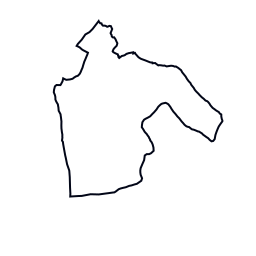 Awe, Nassarawa, Nigeria, rotated 24°
{"feature_id": "59680162B80791368745463", "entity_name": "Awe", "entity_type": "district", "adm_level": 2, "iso_a3": "NGA", "parent_name": "Nigeria", "parent_adm1": "Nassarawa", "projection": "robinson", "projection_center": [9.241, 8.214], "detail": "fine", "context": "isolated", "style": "outline", "palette": "ink", "viewbox_px": 256, "rotation_deg": 24, "n_neighbors": 0, "source": "geoboundaries", "source_scale": "gbopen_adm2", "svg_char_len": 3594}
<svg xmlns="http://www.w3.org/2000/svg" viewBox="0 0 256 256"><g transform="rotate(24 128 128)"><path d="M141.8,192.3L142.7,190.9L144.4,187.7L145.8,186.3L147.8,184.7L150.1,183.0L152.6,180.4L154.6,179.0L156.8,177.0L158.8,175.4L161.6,170.8L161.3,168.2L158.6,165.6L157.4,163.7L156.5,161.8L155.9,159.6L155.8,155.0L155.8,154.4L155.8,150.8L154.5,146.3L155.7,144.3L157.9,143.3L159.3,141.7L160.7,138.4L159.2,135.5L157.2,133.0L155.4,131.4L153.9,130.6L153.3,130.3L153.0,129.7L152.8,129.5L151.5,128.6L150.6,127.7L148.9,126.8L147.6,125.9L146.3,125.4L144.6,124.6L143.3,123.6L142.0,122.7L140.3,121.7L139.4,119.1L139.2,118.2L138.8,116.9L139.3,113.9L140.4,112.3L141.8,110.6L143.5,108.3L144.6,105.1L145.4,103.1L146.5,99.5L147.0,96.3L147.8,94.3L148.7,92.4L149.8,91.4L152.1,89.7L153.5,89.7L155.2,89.9L158.1,91.5L159.9,92.8L162.8,94.6L165.7,95.9L168.5,97.4L170.9,98.3L174.3,100.2L176.4,101.1L178.4,102.1L180.7,102.7L182.1,102.6L183.5,102.3L185.6,102.9L187.0,103.2L188.7,102.8L191.3,102.7L193.3,102.7L194.2,102.4L195.8,102.6L197.9,102.9L199.1,103.5L203.4,104.4L205.4,104.7L207.4,105.6L209.7,106.2L211.1,105.2L211.7,102.9L210.7,98.7L210.4,95.2L210.3,92.3L210.3,89.7L210.8,86.8L211.5,83.5L211.2,82.8L210.0,81.6L208.6,79.6L207.7,77.7L206.9,77.5L206.0,77.5L204.5,76.5L202.6,76.3L200.7,76.0L199.7,75.7L197.2,75.2L196.7,75.0L195.9,74.6L194.8,74.1L193.7,73.5L192.8,72.8L192.3,72.5L190.5,71.6L189.5,71.3L187.6,71.4L185.3,70.5L182.9,69.9L180.6,69.0L179.8,68.7L178.6,68.1L175.2,66.8L173.4,65.9L171.7,64.6L170.5,64.0L168.2,62.8L166.7,61.5L164.4,60.6L161.8,59.1L159.8,57.6L156.9,56.1L154.9,55.1L153.0,53.6L151.0,53.1L149.6,52.7L146.7,52.3L145.8,52.9L143.9,53.0L142.3,53.5L142.0,53.6L141.7,53.8L140.1,54.8L138.3,56.0L135.9,56.1L134.9,56.7L134.2,56.9L132.6,57.3L130.7,58.0L130.2,58.5L127.5,57.9L126.4,57.6L125.1,58.3L124.7,58.5L124.1,58.9L123.6,58.3L121.7,59.0L119.3,59.1L116.4,59.2L112.2,59.5L111.2,59.5L108.8,59.1L104.4,57.1L103.9,56.6L102.6,57.7L102.5,57.8L102.0,56.7L99.6,58.4L97.8,59.6L97.4,60.2L96.5,60.8L95.6,62.5L94.8,63.4L93.0,64.8L92.6,65.6L91.5,67.6L90.5,67.1L90.3,66.1L89.5,66.0L88.8,64.9L88.0,64.9L86.2,64.9L83.7,64.7L82.8,64.2L82.7,62.0L83.1,60.4L83.5,59.3L84.2,57.5L84.0,56.0L83.8,54.9L82.3,53.7L80.6,52.1L79.3,51.3L78.5,50.8L77.5,51.4L76.0,51.0L75.1,49.6L74.5,49.3L73.5,48.4L73.4,46.2L73.3,44.0L72.1,43.0L70.9,41.9L69.4,42.3L68.6,43.3L67.8,44.0L66.7,43.8L65.2,43.9L64.8,44.1L63.5,44.7L62.1,44.1L61.2,43.2L60.0,43.6L58.0,42.6L57.7,42.3L55.4,51.9L53.8,56.1L51.0,59.9L49.8,66.2L48.0,71.6L47.7,73.9L48.7,73.9L49.7,73.9L50.7,74.0L51.0,74.0L54.1,75.0L55.7,75.2L57.5,75.3L58.9,75.4L60.8,75.5L60.9,76.5L61.0,77.5L61.0,79.4L61.1,82.9L61.1,83.2L61.1,85.3L61.2,85.9L61.6,89.4L61.9,91.3L61.9,93.6L62.0,95.9L61.9,98.0L61.5,99.2L61.0,100.6L60.6,101.0L59.4,102.1L58.9,102.9L58.3,103.7L58.0,104.4L57.3,105.6L55.8,106.8L55.3,107.2L54.1,107.9L52.0,109.1L50.0,109.1L48.6,109.0L49.2,112.0L49.1,113.0L49.0,114.9L48.8,116.3L46.9,117.1L45.2,117.8L44.3,119.7L44.9,123.2L45.7,125.6L47.8,127.6L48.8,128.9L49.2,129.6L50.1,131.5L51.3,132.7L52.7,133.8L54.3,134.9L55.6,136.9L56.0,137.4L56.7,138.7L57.7,140.5L58.0,140.7L58.9,141.4L60.4,142.6L60.8,142.9L61.3,143.8L62.4,145.5L63.7,147.7L64.5,149.0L66.1,152.8L67.4,155.5L68.5,157.3L69.1,158.3L69.4,158.8L70.7,160.7L71.6,162.8L72.0,163.5L72.6,165.6L72.8,166.3L74.2,167.2L75.4,169.2L79.4,175.1L81.8,178.6L83.1,180.3L87.1,185.9L91.5,190.6L92.0,191.4L94.8,196.6L99.3,206.0L102.2,211.7L102.3,212.1L103.1,214.1L104.6,213.3L105.0,213.1L110.6,210.2L113.3,208.9L120.8,203.7L128.3,200.6L134.3,196.9L136.6,195.5L137.7,194.8L140.1,193.3L141.8,192.3Z" fill="none" stroke="#020617" stroke-width="2"/></g></svg>